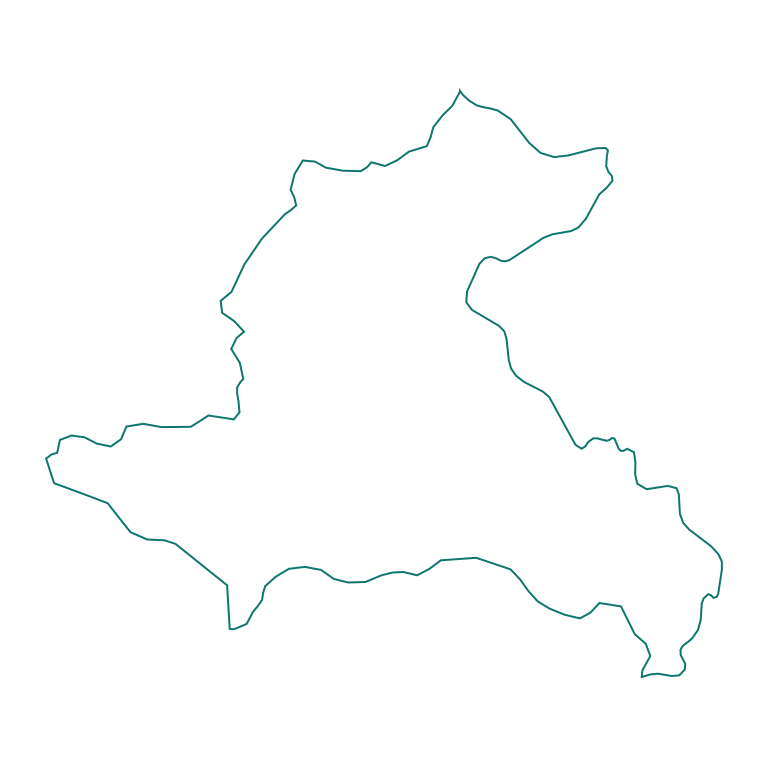 an SVG outline of Xékong
{"feature_id": "LAO-3295", "entity_name": "Xékong", "entity_type": "Province", "adm_level": 1, "iso_a3": "LAO", "parent_name": "Laos", "parent_adm1": "", "projection": "orthographic", "projection_center": [107.128, 15.614], "detail": "fine", "context": "isolated", "style": "outline", "palette": "teal", "viewbox_px": 768, "rotation_deg": 0, "n_neighbors": 0, "source": "natural_earth", "source_scale": "10m", "svg_char_len": 2513}
<svg xmlns="http://www.w3.org/2000/svg" viewBox="0 0 768 768"><path d="M460.0,91.0L463.0,95.0L469.1,100.6L476.6,105.3L483.3,107.2L490.2,108.4L497.9,110.6L510.7,119.2L529.1,142.8L540.5,152.9L554.2,157.1L568.6,155.4L596.0,148.3L605.7,148.0L607.9,150.5L606.8,156.4L606.8,157.4L606.2,166.2L608.5,172.0L611.9,176.1L612.5,180.7L606.5,187.9L599.3,194.3L585.8,218.9L578.4,227.5L571.2,231.0L552.4,234.3L543.5,237.8L509.3,260.2L505.1,261.3L500.6,260.6L496.0,258.3L490.9,256.8L484.8,258.2L479.4,263.8L467.0,291.7L466.3,302.4L472.0,309.9L499.2,326.0L504.4,331.5L506.5,338.9L508.8,360.2L511.0,368.3L515.8,375.5L524.0,381.9L542.9,391.6L549.3,397.2L575.5,444.8L581.6,448.7L585.1,446.6L588.2,442.0L593.2,438.4L596.8,438.3L606.6,440.8L609.5,439.9L612.0,438.0L614.4,438.6L617.1,444.8L618.7,448.7L620.8,450.8L623.7,450.8L627.3,448.8L634.0,452.3L635.4,462.5L635.2,474.6L637.3,483.8L646.6,489.2L667.8,485.9L676.5,488.2L678.1,492.4L678.8,494.2L679.9,513.9L683.3,523.1L689.2,529.6L711.3,546.4L718.5,554.3L721.8,561.5L721.9,569.4L718.2,593.8L716.8,596.9L713.6,597.9L711.2,595.4L708.3,594.1L703.6,598.5L701.8,603.3L700.7,620.1L698.0,629.9L692.8,637.5L689.8,640.5L682.7,645.9L680.5,649.8L680.7,654.9L685.3,664.1L684.8,669.6L679.3,675.3L671.7,676.0L658.1,673.7L650.0,674.5L641.8,677.0L641.8,676.8L642.4,670.4L650.3,656.0L645.7,643.7L634.8,634.3L621.0,606.4L599.4,603.0L590.5,612.6L579.9,618.4L564.5,614.7L549.3,608.5L537.6,601.3L528.7,591.4L520.0,579.3L510.6,569.4L476.2,557.8L440.9,560.3L429.2,569.0L417.1,575.3L403.3,572.0L392.2,572.6L381.5,575.3L365.4,582.0L348.1,582.5L333.8,578.9L321.0,569.9L304.9,566.9L288.9,568.8L275.8,576.7L265.2,586.1L263.1,593.0L262.1,599.9L257.8,606.1L252.9,612.0L246.7,623.9L235.8,628.5L232.5,629.3L229.7,628.9L227.1,585.3L175.5,543.9L164.6,540.3L147.2,539.5L130.5,532.2L107.6,503.2L82.3,493.6L54.1,483.2L46.1,458.6L51.6,454.4L57.2,452.8L59.9,440.0L71.4,435.5L84.5,437.3L96.8,443.6L110.8,446.5L121.1,439.2L126.4,426.6L143.2,423.8L161.5,427.1L190.9,426.8L208.5,415.5L233.8,419.4L239.5,412.3L238.4,400.6L237.2,394.1L237.1,387.5L240.5,381.9L243.3,379.0L239.8,362.7L231.2,348.9L236.6,338.0L244.0,331.7L234.3,321.2L222.1,312.8L220.7,300.8L231.4,292.0L244.5,264.2L261.8,238.8L284.9,214.2L291.1,209.9L296.2,205.4L294.2,197.2L290.6,189.7L294.6,174.0L302.8,160.5L315.0,161.6L326.0,167.7L342.9,170.7L360.6,171.2L367.0,167.3L371.4,162.3L385.1,166.0L397.3,160.2L409.0,151.6L426.9,146.1L430.6,137.2L433.3,127.2L442.4,115.6L452.4,105.7L459.6,92.3L460.0,91.1L460.0,91.0Z" fill="none" stroke="#0f766e" stroke-width="2"/></svg>